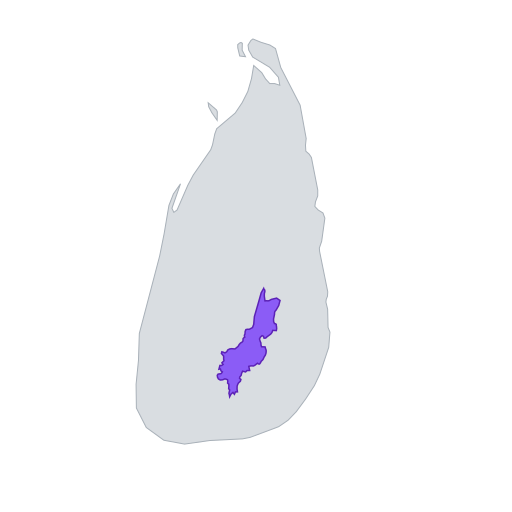 location of Badulla within Sri Lanka, rotated 19°
{"feature_id": "LKA-2467", "entity_name": "Badulla", "entity_type": "District", "adm_level": 1, "iso_a3": "LKA", "parent_name": "Sri Lanka", "parent_adm1": "", "projection": "natural_earth1", "projection_center": [81.038, 7.079], "detail": "fine", "context": "in_parent", "style": "filled", "palette": "violet", "viewbox_px": 512, "rotation_deg": 19, "n_neighbors": 0, "source": "natural_earth", "source_scale": "10m", "svg_char_len": 3157}
<svg xmlns="http://www.w3.org/2000/svg" viewBox="0 0 512 512"><g transform="rotate(19 256 256)"><path d="M182.4,51.8L191.1,52.3L200.4,52.0L206.9,53.5L218.1,69.8L248.6,99.0L265.2,128.6L266.7,135.1L269.0,140.7L273.0,142.3L276.3,144.8L292.9,173.5L294.8,179.1L294.6,185.4L295.5,190.0L299.9,192.3L305.3,193.5L308.8,197.8L313.3,220.7L313.3,227.8L314.6,230.9L335.5,266.5L336.7,270.8L336.5,274.0L337.1,276.8L341.1,283.1L347.4,300.1L350.7,303.9L354.5,318.7L354.8,347.0L353.4,359.6L349.5,375.0L344.8,390.0L339.8,400.8L333.0,410.0L309.5,429.4L302.8,433.3L272.2,445.6L249.7,457.1L228.9,460.2L208.1,453.9L192.4,438.7L184.4,416.4L178.9,393.1L170.9,367.2L164.9,287.3L161.9,265.0L157.2,236.5L157.7,224.2L161.1,212.3L161.0,238.3L164.1,241.5L166.4,238.2L168.5,211.3L170.3,199.9L178.6,170.3L178.7,165.1L177.3,154.0L177.4,148.4L189.8,127.6L193.0,115.5L194.7,103.1L194.0,89.8L191.8,76.6L201.8,80.8L207.3,85.4L212.9,88.5L217.4,86.9L222.9,86.8L219.0,79.7L207.4,73.1L188.1,69.0L182.1,63.7L179.8,59.2L181.0,53.9L182.4,51.8ZM172.5,132.3L175.1,140.4L167.6,134.9L162.7,130.3L160.9,126.7L171.2,130.8L172.5,132.3ZM181.2,71.0L175.5,72.2L171.0,65.1L169.9,62.1L171.1,60.0L172.3,59.0L173.8,59.3L175.9,65.9L181.2,71.0Z" fill="#d9dde1" stroke="#a8b0b8" stroke-width="1"/><path d="M299.5,319.9L296.0,320.9L296.0,323.1L295.3,325.1L292.8,328.7L291.9,330.4L290.4,331.1L289.2,329.5L287.7,329.3L286.6,331.2L286.3,333.3L287.5,335.0L288.9,336.6L289.8,338.7L290.8,340.0L294.2,339.0L295.2,340.5L295.7,341.0L296.3,341.9L296.8,343.3L297.1,344.8L297.1,346.8L296.6,348.7L296.3,351.6L295.8,352.7L295.2,353.8L295.0,355.5L294.5,357.0L293.3,357.3L292.4,356.9L291.8,357.5L291.4,358.3L290.5,359.7L289.4,360.8L287.0,361.5L285.1,362.7L287.3,366.3L284.7,367.3L283.9,369.0L280.8,369.3L280.6,371.6L280.8,373.8L280.0,375.7L280.3,377.1L281.9,377.6L282.0,379.5L280.7,381.9L280.5,383.5L280.5,385.1L281.4,388.0L282.7,390.5L280.8,391.2L280.6,393.8L279.6,393.2L278.6,392.5L277.3,394.8L276.9,397.6L276.1,396.1L275.1,394.6L274.7,391.2L274.1,390.8L273.4,390.5L272.8,388.2L272.0,386.0L271.2,385.8L270.5,385.4L270.1,383.6L269.4,382.3L268.3,382.2L266.6,382.3L264.8,383.9L262.6,384.9L260.5,384.5L259.1,383.2L258.2,381.4L258.6,380.0L261.1,378.7L261.4,378.3L261.7,377.5L261.9,376.5L260.3,376.0L259.1,374.4L258.4,374.7L257.8,375.1L257.5,371.2L259.2,370.7L260.2,369.2L259.3,368.7L258.5,368.1L259.8,365.5L259.5,364.8L259.0,364.2L258.5,362.6L257.9,361.1L255.0,359.4L254.9,357.7L256.5,357.6L258.2,357.7L259.5,356.1L259.9,354.0L261.3,352.5L263.0,351.6L266.4,350.7L268.5,347.3L268.9,345.2L269.7,343.3L270.4,342.5L271.0,341.7L271.3,340.9L271.2,340.2L270.7,338.3L271.1,337.3L271.8,336.4L271.4,335.9L271.0,335.3L270.8,334.4L271.0,333.5L270.3,330.8L270.4,328.9L271.6,328.1L273.5,327.5L276.0,324.8L276.1,321.4L274.2,313.8L273.4,297.8L272.9,289.1L273.8,284.2L274.0,284.5L275.4,285.4L276.0,286.9L276.1,288.7L276.9,291.2L279.1,295.5L280.8,294.8L281.7,294.6L282.8,294.1L284.7,292.0L289.2,289.1L293.2,290.2L293.6,295.4L292.6,300.6L292.1,301.7L291.9,302.6L292.1,303.9L292.5,305.2L293.1,309.9L294.1,312.4L295.5,313.9L296.3,313.7L297.4,314.0L297.7,314.9L298.4,316.1L299.2,318.0L299.5,319.9Z" fill="#8b5cf6" stroke="#5b21b6" stroke-width="1.5"/></g></svg>